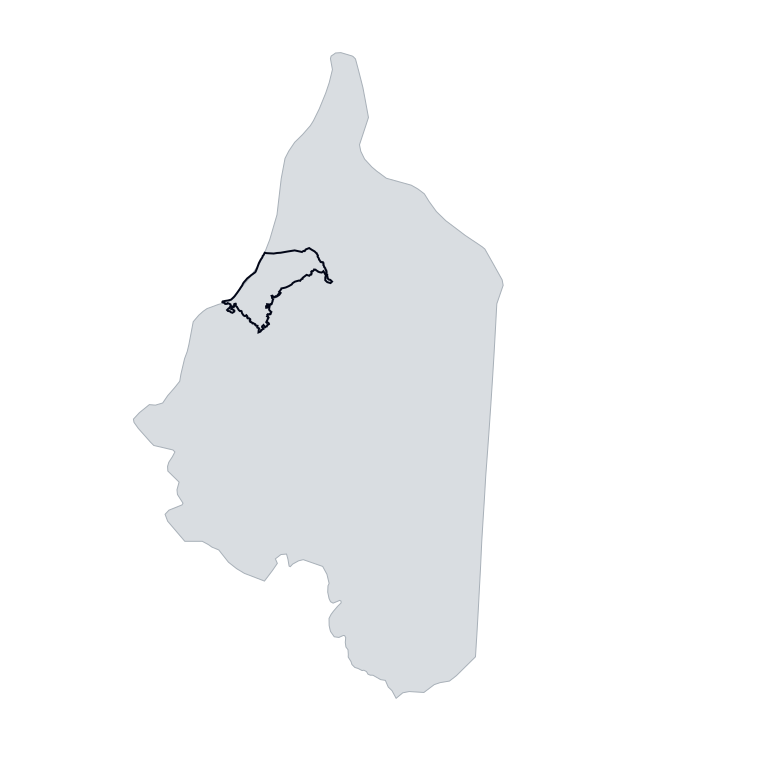 Tell Abiad, Ar Raqqah, Syria (highlighted), rotated 305°
{"feature_id": "27442178B34075692761550", "entity_name": "Tell Abiad", "entity_type": "district", "adm_level": 2, "iso_a3": "SYR", "parent_name": "Syria", "parent_adm1": "Ar Raqqah", "projection": "orthographic", "projection_center": [39.333, 36.35], "detail": "fine", "context": "in_parent", "style": "outline", "palette": "ink", "viewbox_px": 768, "rotation_deg": 305, "n_neighbors": 0, "source": "geoboundaries", "source_scale": "gbopen_adm2", "svg_char_len": 6600}
<svg xmlns="http://www.w3.org/2000/svg" viewBox="0 0 768 768"><g transform="rotate(305 384 384)"><path d="M151.7,279.4L157.3,280.2L169.1,287.9L171.1,287.7L175.0,278.2L178.6,275.1L186.1,272.4L188.7,256.9L192.3,254.0L196.5,252.6L202.9,252.4L208.4,251.7L208.9,248.9L201.6,230.7L202.4,226.2L206.7,208.2L209.2,201.2L211.5,198.9L220.3,200.1L232.5,203.6L235.6,208.9L241.5,213.6L250.5,213.5L260.9,214.6L269.1,215.1L275.6,212.0L290.4,206.1L297.7,204.2L304.3,201.6L325.6,192.0L334.1,192.8L339.9,194.2L344.3,195.8L354.2,202.7L362.4,209.6L368.2,211.7L378.6,211.6L393.7,213.0L412.1,212.9L422.9,211.0L436.7,207.6L461.2,199.3L493.3,182.0L512.1,173.5L520.2,172.4L530.8,172.2L541.5,174.2L553.5,175.5L559.1,175.2L572.1,173.2L588.9,169.4L599.4,166.3L612.0,161.4L619.8,153.5L622.3,152.6L625.7,153.9L627.3,154.4L630.7,158.6L634.4,169.7L634.5,171.0L633.9,174.2L625.9,183.7L614.8,196.6L606.9,204.7L593.4,218.4L583.2,221.5L565.9,226.7L561.3,231.5L557.1,239.1L554.8,249.5L554.2,255.9L553.9,268.0L558.3,280.4L562.5,292.3L563.2,300.2L562.9,308.0L559.3,316.4L555.3,328.0L553.2,340.9L552.3,365.2L552.7,385.8L552.4,389.2L545.4,403.9L537.1,421.0L533.2,425.0L514.4,430.4L494.0,443.1L471.1,457.3L450.2,470.1L428.3,483.4L405.4,497.2L389.0,507.0L367.0,520.1L346.9,532.5L326.4,545.0L310.9,554.5L287.2,569.5L273.2,578.2L252.7,591.0L234.6,602.2L213.0,615.4L186.6,610.6L178.2,608.0L171.5,601.2L166.6,597.6L154.2,593.6L146.5,581.0L141.8,576.5L133.5,574.2L137.4,566.4L138.2,561.3L142.0,555.1L139.9,550.8L139.1,542.0L137.6,539.7L137.1,537.4L138.4,534.6L138.0,531.7L136.7,530.4L136.1,525.9L135.1,522.7L135.8,518.7L137.7,516.2L139.8,511.3L142.0,509.9L145.7,506.9L146.7,503.7L150.0,500.6L154.3,498.1L155.3,496.1L154.7,494.9L150.5,492.4L148.4,488.2L150.6,482.2L152.1,480.4L154.7,477.6L160.5,473.4L164.9,472.8L168.7,472.9L175.2,473.5L180.2,474.4L181.5,473.3L181.4,471.9L175.3,468.0L175.0,465.1L176.7,462.1L181.2,457.3L186.5,453.9L189.2,453.4L195.4,446.4L199.4,438.4L193.8,418.6L190.1,415.4L184.1,412.5L180.6,412.0L180.4,410.7L185.3,405.9L188.8,401.7L185.2,397.4L178.5,395.3L175.9,399.5L167.3,399.6L154.0,399.1L148.8,378.2L148.2,369.2L148.8,358.8L153.3,343.8L151.7,336.7L151.7,332.0L150.9,325.4L140.9,311.0L147.5,285.5L151.7,279.4Z" fill="#d9dde1" stroke="#a8b0b8" stroke-width="1"/><path d="M354.3,251.6L356.0,252.7L356.5,252.8L357.1,252.6L357.8,252.4L357.9,252.8L359.2,253.2L359.6,253.4L360.1,253.7L360.5,253.3L360.7,251.5L361.3,251.1L363.1,251.5L362.9,251.8L363.0,252.2L362.4,254.1L363.9,254.6L364.0,254.9L364.7,254.8L364.9,254.7L365.0,254.8L365.7,254.8L366.8,255.3L366.9,255.0L367.4,255.1L367.6,254.8L367.8,252.7L367.0,252.7L367.1,252.1L371.0,251.5L371.2,251.2L372.1,251.4L372.6,250.4L372.4,249.4L373.6,249.3L373.8,248.7L374.6,248.8L374.9,249.6L375.7,250.1L375.6,250.6L375.9,250.8L376.2,250.4L376.4,250.4L376.7,250.4L376.7,250.8L378.3,250.4L378.2,249.9L378.6,249.1L378.6,248.7L378.6,248.0L379.2,247.1L380.3,246.5L381.2,246.1L382.5,245.5L381.3,245.3L381.2,244.9L379.5,244.5L379.4,244.2L378.9,243.8L379.4,243.3L379.5,243.3L379.8,243.0L380.3,243.0L380.5,242.8L381.4,243.1L381.9,242.9L382.3,242.5L382.9,243.5L383.1,244.3L383.8,244.9L384.5,245.3L384.4,245.5L384.8,245.8L384.7,246.0L384.9,246.1L388.0,245.2L388.5,244.8L389.7,244.7L390.1,243.8L390.2,243.1L391.5,241.8L391.7,241.4L392.0,241.6L392.2,241.8L392.0,242.0L392.1,242.3L392.1,242.5L392.2,243.0L392.0,243.6L392.3,243.9L392.3,244.8L392.6,244.9L393.0,244.7L393.6,244.9L393.7,245.3L393.9,245.3L394.0,245.9L394.7,245.9L394.9,246.3L395.7,246.6L395.8,245.9L397.4,246.0L397.5,247.1L399.3,247.1L399.4,245.2L402.6,245.4L403.4,245.1L405.4,247.0L406.8,248.2L409.6,249.9L412.6,251.3L414.2,251.3L416.7,252.3L418.3,253.6L420.1,255.1L420.4,256.1L422.4,256.2L423.4,256.9L423.8,256.6L424.0,256.7L424.3,256.5L424.7,256.6L429.0,258.0L429.8,260.7L431.6,261.0L432.0,261.2L432.1,261.6L433.1,261.3L434.2,260.0L435.0,260.1L435.4,260.9L435.9,261.0L436.3,261.1L436.9,261.1L437.2,261.3L437.7,261.1L438.4,262.4L438.2,263.4L438.4,265.0L438.2,265.5L438.7,267.3L439.6,269.1L441.7,269.7L439.5,274.3L437.8,274.7L435.3,276.4L434.9,279.1L436.0,282.3L438.1,282.7L438.5,280.3L437.9,279.0L438.2,277.2L439.0,276.7L439.2,276.2L439.7,275.9L440.0,275.3L440.5,275.1L441.1,274.7L441.0,274.3L441.1,273.7L441.4,273.1L441.9,273.1L442.4,273.0L442.8,272.8L442.8,272.5L443.0,272.2L443.5,271.9L443.6,271.6L444.0,271.5L444.3,270.3L445.1,269.6L445.2,269.0L445.5,268.5L445.4,268.1L446.2,267.2L446.7,266.0L447.5,265.8L448.0,265.1L448.3,265.0L448.3,264.4L448.7,263.9L448.4,263.5L448.2,263.3L448.0,262.5L447.7,262.5L447.6,262.1L448.0,261.4L448.1,261.0L448.6,260.1L448.6,259.4L449.5,258.6L450.2,256.7L450.6,256.3L450.9,256.3L451.4,256.1L451.7,255.2L452.0,254.8L452.1,254.2L452.5,253.8L452.4,253.4L452.5,252.8L452.8,251.1L452.5,247.6L452.4,244.7L449.6,242.9L449.4,242.8L449.2,242.8L449.1,242.7L448.9,242.7L448.7,242.7L448.4,242.7L448.2,242.8L447.9,242.8L447.9,242.7L447.7,242.7L447.4,242.6L447.2,242.5L447.2,242.4L447.0,242.2L446.9,242.1L446.8,241.9L446.7,241.8L446.7,241.7L446.4,241.6L446.2,241.5L445.9,241.5L445.7,241.5L445.4,241.7L445.4,241.8L442.2,234.2L440.0,231.9L437.4,229.2L435.5,227.3L432.2,224.0L430.1,221.4L427.6,218.8L426.1,216.4L423.8,212.7L423.1,211.0L422.7,211.1L420.4,211.4L419.3,211.2L418.8,211.4L418.3,211.6L417.6,211.7L415.2,211.7L411.3,212.2L407.9,213.1L406.1,213.6L402.5,214.4L401.6,214.4L397.8,213.1L396.8,212.7L396.6,212.7L394.4,212.1L392.0,211.4L389.7,211.2L387.1,210.9L385.5,210.9L383.3,211.3L380.4,211.3L379.5,211.4L374.2,211.4L371.8,211.3L370.7,211.3L369.0,211.1L365.6,210.4L365.2,210.2L363.0,208.4L361.3,206.6L360.8,206.1L359.1,204.5L358.4,204.6L358.4,205.3L358.6,205.9L358.8,206.2L358.8,206.4L359.1,206.7L358.5,207.9L358.7,208.3L359.2,208.8L359.5,209.4L360.6,209.6L361.2,212.5L360.9,212.9L360.3,213.3L357.4,214.1L357.0,213.4L354.6,213.0L354.3,214.3L355.2,216.0L354.9,217.2L355.4,219.0L357.5,219.8L358.3,219.3L358.3,216.9L357.9,216.2L360.5,215.3L360.8,216.8L361.4,216.7L362.9,215.8L363.4,215.6L363.6,215.5L363.9,215.7L363.9,216.1L363.9,216.5L364.3,216.2L364.6,216.3L364.7,216.5L364.3,216.9L363.4,216.8L362.8,218.6L362.9,219.1L361.3,222.6L361.1,224.1L361.8,224.8L361.9,225.6L360.7,226.9L360.3,227.8L359.6,229.7L359.9,231.2L360.2,231.4L361.4,231.8L361.0,233.3L359.9,233.8L359.6,234.6L360.4,235.6L360.4,237.0L359.8,237.2L359.8,237.3L359.8,237.5L359.7,237.5L359.5,237.8L359.4,237.8L359.2,237.9L358.9,237.8L358.7,237.8L358.6,238.0L358.7,238.4L358.6,238.7L358.2,238.9L358.2,239.2L358.5,239.4L358.6,239.8L358.6,240.5L358.2,241.5L358.5,241.7L358.8,241.8L359.0,243.7L358.6,244.1L358.7,244.3L359.0,244.5L358.4,245.6L359.1,247.0L357.6,247.8L357.9,249.8L356.2,250.5L354.3,251.6Z" fill="none" stroke="#020617" stroke-width="2"/></g></svg>